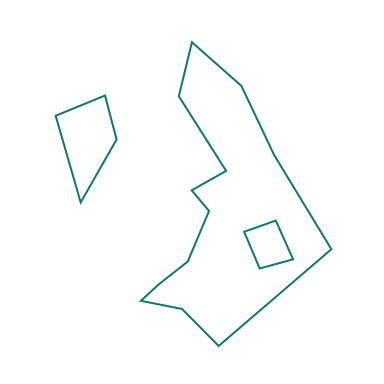 outline of Saint George's, rotated 99°
{"feature_id": "BMU-5140", "entity_name": "Saint George's", "entity_type": "state/province", "adm_level": 1, "iso_a3": "BMU", "parent_name": "Bermuda", "parent_adm1": "", "projection": "orthographic", "projection_center": [-64.685, 32.358], "detail": "fine", "context": "isolated", "style": "outline", "palette": "teal", "viewbox_px": 384, "rotation_deg": 99, "n_neighbors": 0, "source": "natural_earth", "source_scale": "10m", "svg_char_len": 449}
<svg xmlns="http://www.w3.org/2000/svg" viewBox="0 0 384 384"><g transform="rotate(99 192 192)"><path d="M44.1,215.5L79.5,159.8L142.6,116.7L226.7,45.4L339.9,141.6L309.1,183.5L307.5,225.5L289.0,210.9L261.3,185.3L208.1,172.2L190.4,192.6L165.8,161.6L99.5,220.0L44.1,215.5ZM223.1,134.3L256.9,113.2L242.7,81.6L207.1,104.8L223.1,134.3ZM151.9,274.7L219.7,300.3L138.0,338.6L110.3,293.0L151.9,274.7Z" fill="none" stroke="#0f766e" stroke-width="2"/></g></svg>